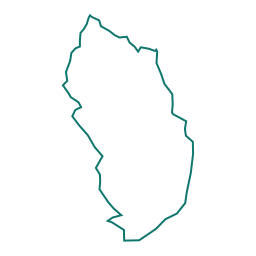 the district of Lasa, Paphos, Cyprus
{"feature_id": "46923920B95604780188390", "entity_name": "Lasa", "entity_type": "district", "adm_level": 2, "iso_a3": "CYP", "parent_name": "Cyprus", "parent_adm1": "Paphos", "projection": "natural_earth1", "projection_center": [32.523, 34.936], "detail": "fine", "context": "isolated", "style": "outline", "palette": "teal", "viewbox_px": 256, "rotation_deg": 0, "n_neighbors": 0, "source": "geoboundaries", "source_scale": "gbopen_adm2", "svg_char_len": 952}
<svg xmlns="http://www.w3.org/2000/svg" viewBox="0 0 256 256"><path d="M90.0,15.4L88.8,17.4L86.8,23.9L83.7,29.2L80.5,33.0L79.9,40.8L79.9,46.5L75.6,48.3L71.4,52.9L70.1,61.1L66.0,71.9L67.2,80.9L62.9,85.3L68.4,93.0L70.8,97.2L78.5,102.3L81.1,107.2L75.3,109.9L72.3,116.3L79.4,125.7L87.7,135.0L94.9,147.4L102.5,156.2L95.9,167.9L99.9,174.6L100.2,181.6L99.5,189.3L104.1,196.1L108.4,202.4L113.7,208.5L121.3,215.2L112.7,217.5L107.8,220.9L111.7,222.2L123.9,229.9L124.2,240.6L139.1,240.3L155.5,229.2L157.1,227.7L165.4,219.2L177.0,213.5L178.2,211.9L185.2,203.1L186.8,192.0L190.8,172.9L192.1,161.9L193.1,153.8L192.8,141.8L185.9,135.7L184.9,129.0L186.2,121.3L173.3,114.3L172.0,112.6L172.7,104.5L172.3,94.2L164.4,83.8L161.1,74.0L156.5,63.0L157.2,51.6L156.2,49.7L155.1,51.0L148.7,48.7L140.8,47.3L138.1,51.6L134.9,47.0L129.6,42.5L126.8,36.8L119.6,37.5L115.1,35.4L109.4,31.0L100.9,26.2L99.2,20.4L92.0,17.1L90.0,15.4Z" fill="none" stroke="#0f766e" stroke-width="2"/></svg>